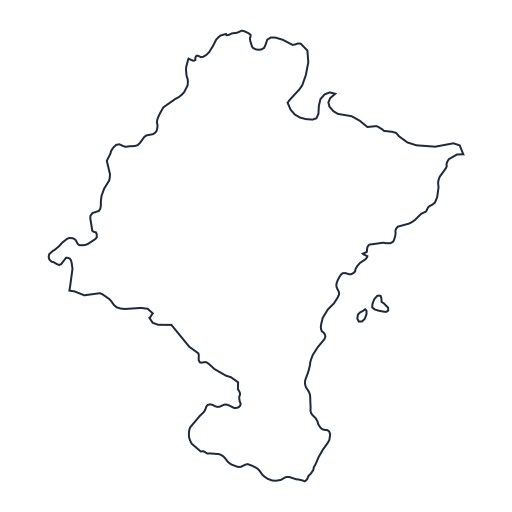 the Autonomous Community of Navarra
{"feature_id": "ESP-5837", "entity_name": "Navarra", "entity_type": "Autonomous Community", "adm_level": 1, "iso_a3": "ESP", "parent_name": "Spain", "parent_adm1": "", "projection": "albers", "projection_center": [-1.621, 42.607], "detail": "fine", "context": "isolated", "style": "outline", "palette": "slate", "viewbox_px": 512, "rotation_deg": 0, "n_neighbors": 0, "source": "natural_earth", "source_scale": "10m", "svg_char_len": 5104}
<svg xmlns="http://www.w3.org/2000/svg" viewBox="0 0 512 512"><path d="M226.0,34.0L226.6,35.2L229.1,34.8L231.9,33.4L236.9,32.8L241.7,30.7L243.8,31.0L248.3,33.1L250.6,34.8L250.6,36.3L249.9,38.3L250.3,41.1L252.0,46.6L253.2,48.1L256.0,49.4L258.6,49.8L261.5,49.4L264.1,47.9L265.4,45.1L267.3,39.6L270.8,37.5L275.5,37.6L282.8,39.8L292.6,44.9L295.2,44.5L297.8,43.5L300.6,43.6L307.4,50.5L308.3,62.3L305.8,75.2L302.2,85.4L299.3,89.5L289.6,100.0L287.6,102.7L290.6,109.7L294.9,114.6L300.1,117.6L305.9,119.1L312.4,119.6L316.4,118.3L318.4,113.9L318.9,105.5L320.5,99.0L324.6,94.4L329.8,92.4L335.2,93.8L330.3,98.0L328.4,102.3L329.4,106.6L333.4,111.2L337.9,113.9L351.6,116.2L359.7,120.7L367.4,127.0L376.3,126.1L378.3,126.9L382.3,129.4L384.0,130.9L392.2,131.8L396.1,132.9L399.0,136.3L407.3,142.4L416.4,145.3L435.2,146.7L453.4,143.3L459.7,145.4L463.3,154.3L463.2,154.3L457.0,154.5L448.9,159.1L447.3,161.7L446.5,164.1L446.7,166.3L445.9,168.2L439.6,176.9L438.6,179.8L438.1,182.5L438.5,187.5L437.2,197.1L434.9,202.6L432.4,204.6L429.4,206.2L428.0,207.5L426.1,211.5L421.2,213.8L414.9,220.0L411.9,222.1L409.0,223.6L397.7,226.7L396.1,228.7L395.4,231.0L395.6,233.2L395.3,235.4L394.1,239.8L393.1,241.7L390.5,243.2L385.7,243.2L383.4,242.7L369.3,244.6L367.7,246.4L367.1,248.5L367.0,250.3L366.8,251.9L364.4,253.1L362.8,253.6L363.6,254.4L367.4,256.2L367.0,257.4L365.6,259.2L359.9,263.0L357.3,266.0L355.6,268.8L355.1,271.5L353.5,272.9L351.7,274.0L349.7,274.4L345.4,273.1L342.7,273.2L340.9,274.7L339.4,277.0L337.8,280.0L336.8,282.6L336.3,285.0L336.6,287.1L337.3,288.8L338.4,290.9L338.9,292.1L339.1,294.4L337.5,297.8L334.0,303.3L327.8,309.5L322.7,317.9L321.3,323.6L320.8,327.0L321.1,329.4L321.9,331.4L323.5,332.5L324.8,334.3L325.4,336.3L324.6,338.9L317.5,347.5L312.8,354.9L311.2,359.1L310.2,362.4L310.0,364.8L308.8,369.9L307.9,373.0L306.1,377.6L305.1,380.7L305.0,383.5L305.4,385.7L306.4,388.1L307.8,390.0L309.0,392.1L309.9,394.4L310.2,397.2L310.4,403.6L310.6,406.1L310.5,410.7L311.0,412.9L312.2,414.8L315.5,418.0L316.7,420.0L317.7,422.1L318.3,424.3L319.6,426.4L321.0,428.3L323.0,429.5L325.2,430.0L327.4,430.1L329.2,431.5L330.2,434.3L329.4,439.8L327.8,442.8L322.9,449.6L318.6,457.1L315.4,464.6L313.9,467.0L313.3,470.0L310.8,473.6L308.5,475.9L307.2,479.1L305.8,480.6L304.7,481.3L303.0,480.6L298.6,479.5L296.3,479.3L289.3,477.0L287.5,476.9L285.8,477.2L284.6,477.7L280.9,479.9L276.4,480.7L274.1,480.7L271.9,480.4L267.6,478.8L263.8,476.1L262.2,474.5L259.5,470.7L257.9,469.0L256.0,467.7L251.8,465.6L247.6,464.1L245.3,464.7L240.9,466.8L238.6,467.0L236.3,466.4L231.6,464.6L229.6,463.3L227.8,461.8L224.8,457.9L223.0,456.1L221.0,454.9L218.9,454.1L209.7,453.4L207.6,453.6L205.0,452.2L204.6,451.8L204.0,451.6L203.4,451.2L200.7,451.5L191.6,443.6L190.0,440.3L189.0,437.1L188.9,434.3L189.0,431.8L189.4,429.4L190.3,427.2L199.9,415.8L203.4,412.5L204.8,410.6L205.7,408.5L206.4,406.4L207.8,404.9L209.9,404.4L212.4,404.8L215.2,406.3L217.5,406.9L219.6,406.7L224.4,404.6L226.7,404.6L229.0,405.4L234.2,408.0L236.6,407.9L238.7,407.2L240.2,405.7L240.7,403.8L239.7,401.4L239.2,398.1L239.3,396.5L239.7,395.6L239.9,394.8L240.1,393.6L239.3,391.5L237.9,389.1L238.1,382.3L230.9,377.2L226.0,375.7L214.5,369.1L208.7,363.8L206.5,362.3L204.9,362.1L201.3,362.7L199.8,362.3L198.7,360.1L198.7,357.6L198.8,355.2L198.4,353.4L189.3,346.8L171.4,324.9L158.2,324.8L152.7,322.8L149.4,317.8L150.5,316.9L151.6,314.9L152.8,313.4L147.7,308.8L141.0,307.9L125.0,309.0L120.4,308.5L116.9,307.4L114.0,305.1L111.2,301.1L109.2,299.0L102.3,294.2L99.8,293.2L84.3,295.3L74.5,291.4L69.4,290.6L70.2,285.7L72.5,268.7L71.6,262.6L71.0,260.4L69.8,258.6L68.0,257.9L66.1,257.7L61.2,264.1L59.2,265.0L57.3,264.3L53.7,262.2L51.8,261.8L50.2,260.5L49.0,258.7L48.7,256.5L49.2,254.2L52.5,251.1L54.6,249.9L59.2,246.1L62.3,242.6L67.1,238.8L69.3,238.0L71.5,238.1L73.5,238.5L74.8,239.3L75.8,240.4L77.8,244.0L79.4,245.2L83.6,245.2L85.9,244.8L88.3,243.7L95.4,239.0L96.8,237.3L96.7,234.4L96.1,232.5L93.5,231.7L92.3,230.8L90.3,218.5L90.4,215.9L92.4,213.1L98.9,210.9L100.2,208.9L100.8,206.1L100.9,200.8L101.5,196.0L104.1,188.7L109.2,180.5L109.8,177.2L110.0,174.3L106.8,160.8L110.5,153.5L110.9,151.6L111.9,149.6L113.4,147.5L116.1,144.9L119.3,144.3L123.5,146.2L125.6,146.8L130.2,146.2L132.7,146.2L135.3,145.9L137.7,145.1L139.9,143.0L144.4,136.8L146.6,135.4L153.2,134.1L155.1,132.7L156.7,130.7L157.4,127.5L157.5,124.9L156.9,122.6L157.2,120.0L158.2,117.1L160.1,113.1L163.4,107.3L175.4,98.9L178.5,97.3L181.6,94.9L184.2,92.1L187.6,85.4L187.9,81.8L187.6,78.8L186.8,76.7L186.4,74.4L186.0,69.5L186.2,67.0L188.0,60.1L188.6,58.6L190.0,59.4L193.1,60.7L194.4,60.6L195.4,59.9L195.3,58.2L195.8,56.5L197.0,55.6L199.1,56.2L200.7,57.1L203.0,56.9L206.2,55.0L209.2,52.1L212.9,46.1L216.2,39.6L218.4,37.3L220.4,35.6L225.9,34.0L226.0,34.0ZM378.8,295.6L380.6,295.9L381.4,298.3L381.6,302.0L383.8,303.3L386.4,306.0L388.1,307.6L388.2,310.5L386.2,311.9L383.4,311.6L378.3,310.6L374.8,309.5L372.2,307.4L372.4,304.2L373.5,301.0L374.5,298.9L377.2,295.9L378.8,295.6ZM365.1,309.3L366.5,310.7L366.5,314.1L364.8,318.7L362.2,321.4L358.9,321.6L357.3,318.7L357.9,314.7L359.8,312.6L363.0,310.9L365.1,309.3Z" fill="none" stroke="#1e293b" stroke-width="2"/></svg>